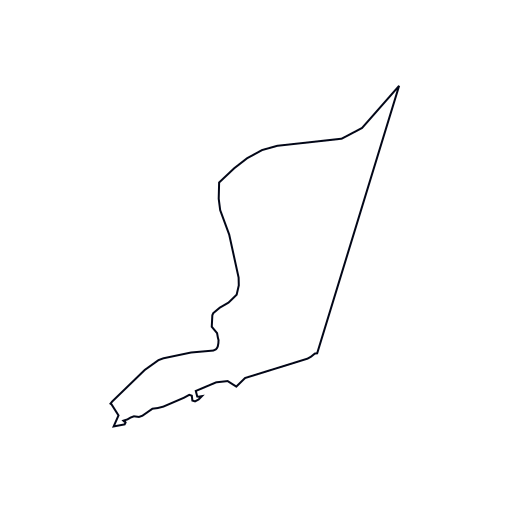 Al Iskandariyah, Mercator projection, rotated 199°
{"feature_id": "EGY-1543", "entity_name": "Al Iskandariyah", "entity_type": "Governorate", "adm_level": 1, "iso_a3": "EGY", "parent_name": "Egypt", "parent_adm1": "", "projection": "mercator", "projection_center": [29.899, 30.835], "detail": "fine", "context": "isolated", "style": "outline", "palette": "ink", "viewbox_px": 512, "rotation_deg": 199, "n_neighbors": 0, "source": "natural_earth", "source_scale": "10m", "svg_char_len": 997}
<svg xmlns="http://www.w3.org/2000/svg" viewBox="0 0 512 512"><g transform="rotate(199 256 256)"><path d="M166.5,183.9L168.6,182.9L171.2,178.7L173.9,175.7L226.6,137.1L232.1,126.1L242.1,128.5L252.5,123.6L269.0,108.8L265.8,104.0L264.4,104.3L261.5,105.9L263.5,101.7L266.3,98.7L269.1,98.6L271.2,103.0L273.9,103.0L278.0,98.5L294.6,83.4L299.5,80.2L304.2,77.9L311.4,68.0L314.3,65.7L319.2,64.7L322.0,62.4L324.4,59.6L327.8,57.1L326.7,56.6L325.7,56.6L325.1,56.1L325.4,54.0L335.1,48.5L334.1,60.5L344.2,68.6L345.5,69.0L344.6,71.6L324.0,112.2L314.3,125.8L310.3,129.1L286.0,143.6L265.6,152.7L263.9,154.3L263.4,154.9L262.9,156.4L262.7,158.0L263.2,161.4L263.6,162.7L264.0,164.2L265.4,166.3L267.7,170.4L274.8,174.7L278.0,185.8L277.8,188.1L273.4,195.4L266.8,203.0L261.7,213.1L262.7,222.6L265.4,229.9L288.3,267.5L304.8,287.7L309.9,298.0L314.8,313.5L305.1,332.0L296.2,345.6L284.7,358.2L271.8,367.1L213.2,394.8L197.4,411.6L176.1,463.5L166.5,184.2L166.5,183.9Z" fill="none" stroke="#020617" stroke-width="2"/></g></svg>